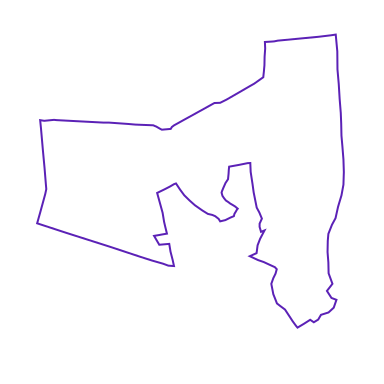 Al-Mejar Al-Kabir, Maysan, Iraq (orthographic projection), rotated 175°
{"feature_id": "34846034B74630941173951", "entity_name": "Al-Mejar Al-Kabir", "entity_type": "district", "adm_level": 2, "iso_a3": "IRQ", "parent_name": "Iraq", "parent_adm1": "Maysan", "projection": "orthographic", "projection_center": [47.287, 31.432], "detail": "fine", "context": "isolated", "style": "outline", "palette": "violet", "viewbox_px": 384, "rotation_deg": 175, "n_neighbors": 0, "source": "geoboundaries", "source_scale": "gbopen_adm2", "svg_char_len": 2264}
<svg xmlns="http://www.w3.org/2000/svg" viewBox="0 0 384 384"><g transform="rotate(175 192 192)"><path d="M106.3,335.1L106.6,328.5L107.9,320.3L108.8,311.9L109.9,305.7L111.0,300.1L113.6,298.6L120.6,294.5L125.4,292.3L127.1,291.5L149.6,281.0L156.2,278.4L161.9,278.7L164.4,277.6L188.9,266.7L194.8,264.1L198.8,262.3L204.0,260.0L206.4,258.5L207.7,256.7L209.7,256.7L211.0,256.7L214.2,256.7L216.6,256.7L218.2,257.7L221.9,260.3L223.5,261.1L224.7,261.8L228.4,262.3L234.8,263.1L242.6,264.1L249.4,265.3L268.2,268.3L273.8,268.8L320.6,275.4L323.2,275.9L333.0,275.8L337.0,276.8L336.9,268.4L336.9,246.4L336.8,228.6L336.9,212.5L336.9,207.6L338.4,202.7L345.1,184.6L349.0,174.3L320.9,162.3L279.0,144.8L248.8,131.8L237.8,127.2L227.1,123.1L222.0,120.7L216.4,119.8L217.2,126.0L218.6,134.4L219.2,142.3L226.0,142.3L229.2,142.3L233.6,151.6L228.6,152.0L225.5,152.3L220.6,152.7L221.7,159.8L222.4,164.7L223.1,173.9L225.8,188.6L226.8,194.1L219.0,197.1L213.6,199.3L209.2,201.4L207.2,201.9L204.1,196.2L203.3,194.8L200.0,189.4L195.2,183.8L192.3,180.7L190.2,178.5L183.3,172.7L178.1,168.8L173.8,167.4L171.0,165.9L167.8,162.9L166.5,160.3L161.2,161.1L156.1,163.1L152.4,164.3L151.6,166.6L150.3,168.3L148.8,170.5L147.9,171.4L150.4,173.9L152.7,175.6L155.0,177.2L156.6,178.7L159.0,180.6L160.6,183.0L162.0,185.5L162.6,188.8L162.0,190.3L160.4,193.4L157.8,198.1L155.0,201.6L154.0,206.9L153.4,210.9L152.8,214.0L142.9,214.9L138.5,215.4L134.1,215.9L131.4,215.8L131.8,206.9L131.0,194.4L130.6,186.2L128.9,170.8L126.7,165.7L124.7,159.4L127.4,154.6L127.7,151.4L126.7,146.3L123.1,147.4L128.2,139.5L131.3,133.2L133.0,125.5L140.0,123.0L132.3,118.5L126.7,116.0L121.3,112.9L116.0,109.9L114.3,107.7L115.9,103.4L118.5,99.1L121.0,93.6L119.9,83.1L118.1,77.1L117.1,73.6L114.2,70.9L109.6,66.8L104.7,57.7L103.0,54.5L100.1,49.7L98.7,47.7L91.9,51.0L85.4,54.4L82.0,51.6L77.4,53.9L74.2,58.4L66.5,60.1L60.9,64.4L57.5,72.0L62.3,74.3L66.2,81.7L60.1,88.3L63.0,99.1L62.3,109.9L62.2,120.4L61.0,131.5L59.8,138.4L55.4,147.2L51.3,153.4L47.8,164.5L46.7,167.3L43.4,175.6L40.5,186.1L39.0,198.6L38.3,211.2L38.2,224.0L38.2,235.1L37.4,247.3L36.9,257.8L36.8,271.9L36.4,286.7L36.4,301.5L35.0,319.4L35.1,336.3L39.9,336.0L52.3,335.6L93.4,335.3L96.9,334.9L98.9,334.9L102.8,335.0L106.3,335.1Z" fill="none" stroke="#5b21b6" stroke-width="2"/></g></svg>